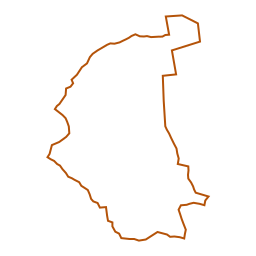 Triunfo, Paraíba, Brazil
{"feature_id": "56859067B33626956315035", "entity_name": "Triunfo", "entity_type": "district", "adm_level": 2, "iso_a3": "BRA", "parent_name": "Brazil", "parent_adm1": "Paraíba", "projection": "mercator", "projection_center": [-38.572, -6.599], "detail": "fine", "context": "isolated", "style": "outline", "palette": "amber", "viewbox_px": 256, "rotation_deg": 0, "n_neighbors": 0, "source": "geoboundaries", "source_scale": "gbopen_adm2", "svg_char_len": 1465}
<svg xmlns="http://www.w3.org/2000/svg" viewBox="0 0 256 256"><path d="M47.5,157.2L50.8,159.3L54.1,160.9L57.1,164.0L60.0,165.6L62.5,169.2L65.9,173.0L68.2,176.7L71.8,178.2L74.5,179.8L79.2,182.2L81.3,185.8L83.8,187.4L87.8,190.0L89.7,194.4L91.1,198.9L93.3,201.4L97.6,203.0L99.9,207.6L106.0,207.1L107.1,215.7L108.0,220.8L112.4,222.4L112.4,226.4L115.3,231.7L119.1,233.6L121.3,238.1L129.6,239.0L134.2,239.0L138.9,240.6L142.7,240.0L145.8,239.5L157.5,232.0L167.0,234.5L170.1,236.8L174.4,236.5L179.8,237.2L184.2,238.5L184.9,234.0L185.8,229.7L183.4,223.6L181.6,218.8L180.3,214.7L178.6,209.7L180.9,205.3L186.7,204.8L189.5,203.8L193.6,202.8L199.5,203.8L204.4,205.2L205.3,200.5L208.5,196.5L195.7,192.7L194.1,189.5L193.1,186.4L191.1,182.5L188.3,178.6L188.0,174.9L188.5,170.4L188.3,166.4L177.8,164.0L178.7,158.5L177.3,153.5L176.5,148.5L173.9,143.6L171.1,137.9L169.1,133.5L166.8,129.6L165.3,126.3L163.7,100.7L162.8,75.8L176.1,74.4L171.9,50.4L200.0,41.6L197.9,23.4L182.1,15.4L165.8,16.5L169.1,34.7L165.3,35.0L162.4,36.6L158.0,36.7L151.1,37.1L147.0,36.1L143.9,36.5L139.8,36.3L135.4,34.3L131.5,36.0L128.9,37.8L125.8,39.4L123.0,40.7L119.6,42.4L114.5,43.7L110.3,43.4L107.1,44.8L97.6,50.4L92.7,53.8L89.9,57.1L87.0,63.4L81.9,67.2L76.9,74.8L71.6,79.7L73.1,83.3L70.5,86.7L66.1,88.5L65.6,95.0L59.4,104.0L56.9,106.0L54.9,109.1L62.6,115.1L65.6,118.2L67.2,121.9L68.8,126.4L69.3,133.3L66.2,136.9L59.2,142.0L51.9,145.1L49.6,153.9L47.5,157.2Z" fill="none" stroke="#b45309" stroke-width="2"/></svg>